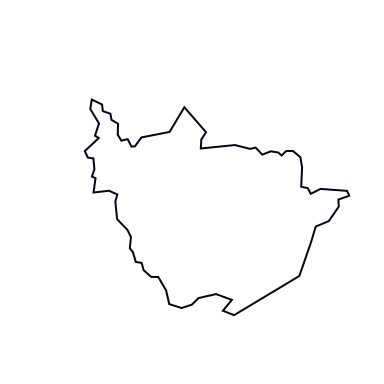 the district of Breathitt, Kentucky, United States of America, rotated 220°
{"feature_id": "52423323B29918739133178", "entity_name": "Breathitt", "entity_type": "district", "adm_level": 2, "iso_a3": "USA", "parent_name": "United States of America", "parent_adm1": "Kentucky", "projection": "orthographic", "projection_center": [-83.252, 37.515], "detail": "fine", "context": "isolated", "style": "outline", "palette": "ink", "viewbox_px": 384, "rotation_deg": 220, "n_neighbors": 0, "source": "geoboundaries", "source_scale": "gbopen_adm2", "svg_char_len": 1039}
<svg xmlns="http://www.w3.org/2000/svg" viewBox="0 0 384 384"><g transform="rotate(220 192 192)"><path d="M328.2,198.4L323.3,190.2L307.3,184.7L302.5,172.8L298.1,173.4L300.4,154.5L294.0,151.4L289.1,154.3L281.3,146.6L278.6,139.5L274.8,140.6L267.1,128.3L256.4,139.6L247.6,142.1L244.6,135.4L231.8,123.0L217.2,121.5L209.9,118.3L203.4,108.9L198.5,107.9L190.1,102.3L185.0,105.3L178.7,101.0L168.7,100.7L163.2,105.2L148.6,100.0L137.4,91.5L125.4,96.4L119.7,105.6L118.8,115.0L108.0,129.2L92.1,135.0L92.0,120.9L80.6,124.7L55.8,196.7L68.4,229.7L75.0,245.1L68.5,257.7L70.2,275.2L75.0,280.3L69.1,290.3L74.0,292.5L95.5,277.0L99.9,266.9L105.8,269.4L111.7,266.2L123.4,281.5L131.3,288.3L141.0,288.3L146.2,283.9L146.8,277.6L151.3,277.7L157.7,273.9L162.2,265.8L171.8,266.9L175.3,262.3L189.4,255.5L213.2,231.0L218.6,238.2L219.7,246.8L252.3,252.0L247.8,223.6L265.8,201.3L265.1,190.3L267.5,187.9L275.3,191.1L279.1,185.9L285.7,188.2L292.5,196.7L300.0,195.5L304.8,199.5L312.3,196.6L317.1,201.2L328.2,198.4Z" fill="none" stroke="#020617" stroke-width="2"/></g></svg>